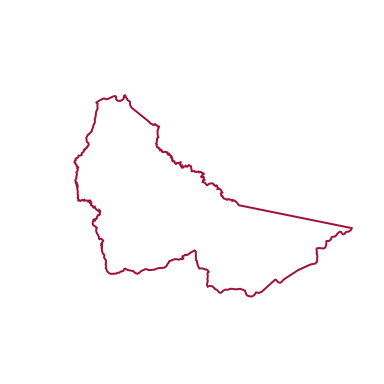 Apartadó, Antioquia, Colombia (Mercator projection), rotated 57°
{"feature_id": "7082276B99397100908240", "entity_name": "Apartadó", "entity_type": "district", "adm_level": 2, "iso_a3": "COL", "parent_name": "Colombia", "parent_adm1": "Antioquia", "projection": "mercator", "projection_center": [-76.61, 7.921], "detail": "fine", "context": "isolated", "style": "outline", "palette": "rose", "viewbox_px": 384, "rotation_deg": 57, "n_neighbors": 0, "source": "geoboundaries", "source_scale": "gbopen_adm2", "svg_char_len": 6069}
<svg xmlns="http://www.w3.org/2000/svg" viewBox="0 0 384 384"><g transform="rotate(57 192 192)"><path d="M309.3,77.7L228.5,160.0L226.0,160.0L223.9,160.4L223.2,160.9L222.6,160.8L221.6,161.7L221.6,162.2L221.0,162.3L221.1,162.7L220.7,162.5L220.3,162.8L219.8,163.7L218.7,164.7L218.1,164.9L218.0,165.4L217.5,166.0L217.7,166.7L217.1,167.3L216.1,167.6L215.1,168.7L213.5,169.0L212.5,168.6L211.8,168.9L211.7,169.3L210.9,169.4L210.0,169.0L209.5,168.3L208.9,168.4L209.0,166.9L207.6,167.0L207.1,166.7L205.2,166.7L204.0,168.0L203.7,168.7L203.3,169.0L202.8,167.8L201.0,168.1L200.6,167.6L200.2,167.6L199.8,167.9L199.9,169.0L198.4,169.4L197.9,169.9L196.9,169.6L195.7,170.2L194.5,172.9L194.6,175.6L193.4,176.0L191.8,176.1L190.5,176.7L189.5,177.7L188.5,176.8L188.6,175.0L187.5,175.4L186.2,174.0L185.6,174.2L184.8,175.9L184.2,176.1L183.5,174.3L183.4,172.4L182.7,172.1L181.9,173.1L180.0,173.6L179.4,175.3L178.8,175.1L178.2,175.4L177.7,177.3L176.9,178.4L175.9,178.5L174.4,180.9L170.0,178.9L167.8,179.9L167.7,180.5L168.3,181.7L167.7,182.2L167.6,182.7L166.6,182.9L167.0,183.9L166.1,185.0L166.6,186.4L165.9,187.3L165.1,187.2L164.2,186.0L163.6,187.1L162.9,187.1L160.9,185.3L160.7,185.6L161.2,186.9L160.9,187.4L160.0,187.7L159.6,188.3L159.5,189.1L159.9,189.9L159.7,190.3L158.3,190.5L156.6,190.1L156.1,190.5L156.0,191.2L155.6,191.5L155.0,191.2L154.2,191.3L154.0,190.6L153.1,190.1L152.3,190.7L151.4,189.9L150.9,190.6L149.9,189.9L149.1,190.1L148.2,191.2L147.8,190.4L147.3,190.4L147.2,191.3L146.5,191.8L146.1,191.8L145.4,191.1L144.1,192.0L142.5,194.9L141.4,195.3L140.8,194.8L139.4,195.0L139.4,196.1L137.3,195.7L136.9,196.3L135.9,196.2L135.0,196.9L133.5,196.3L133.1,195.6L131.9,195.8L131.3,194.6L130.4,194.1L129.7,193.1L128.9,192.8L127.9,191.7L127.7,190.3L126.1,190.0L122.1,187.8L119.2,184.0L118.4,185.0L117.8,184.9L116.7,185.3L115.9,186.3L114.9,186.1L114.5,188.1L113.8,188.3L112.8,189.0L110.5,189.8L109.9,189.7L88.5,196.7L85.5,196.6L82.8,195.0L81.8,195.0L80.6,195.7L79.3,196.0L78.3,195.6L76.2,196.0L76.0,195.7L74.6,195.3L74.3,195.9L74.4,196.8L76.1,198.0L76.7,199.2L76.8,201.3L76.4,202.9L75.4,204.2L73.5,205.1L72.4,204.9L70.8,203.7L69.8,204.1L69.4,204.6L68.9,206.4L68.0,212.5L67.5,213.4L65.9,214.5L65.3,215.9L64.8,220.3L64.8,223.4L65.5,223.5L66.7,223.1L68.4,224.6L70.3,225.4L72.6,228.8L76.5,232.0L77.6,233.6L80.8,235.6L82.6,238.6L84.0,239.9L85.7,242.5L86.5,243.0L86.9,245.2L87.4,246.5L87.2,247.0L87.5,247.5L87.3,248.2L89.0,251.0L89.8,251.6L92.3,252.7L93.2,252.8L94.4,252.2L96.3,252.9L96.5,254.1L97.3,255.2L97.1,256.3L97.9,256.8L97.6,257.9L98.0,258.5L97.7,259.0L97.8,259.7L98.5,259.9L99.2,261.0L99.3,263.2L100.8,264.3L100.4,266.4L99.7,267.3L101.0,268.9L100.8,270.0L101.0,271.0L100.7,271.5L101.2,272.0L102.2,272.4L102.1,273.4L102.7,274.2L103.5,274.4L104.0,274.1L104.8,274.4L106.6,274.1L107.5,274.7L108.3,274.1L108.8,274.1L108.9,274.5L109.7,274.3L109.8,275.4L111.4,275.9L112.4,277.4L112.5,278.2L114.4,278.8L116.5,280.9L117.4,281.4L118.6,283.5L119.3,283.8L120.0,283.6L120.6,284.3L121.6,284.6L121.9,284.5L122.1,283.9L122.8,284.6L123.4,284.3L123.9,285.4L124.6,285.3L124.5,284.6L125.3,284.9L125.5,285.8L126.2,285.8L126.8,286.5L129.2,287.4L131.2,288.8L133.5,289.7L134.5,290.5L134.2,290.7L134.4,291.0L135.3,291.0L137.1,291.9L137.2,291.5L137.6,291.4L137.4,291.0L138.8,290.3L138.8,288.7L139.3,287.8L140.1,287.6L139.9,286.7L140.7,286.8L141.3,285.4L143.0,283.9L143.1,282.9L143.8,282.6L143.9,282.0L144.3,282.0L144.3,283.3L144.9,282.6L145.2,283.4L146.0,283.5L146.6,282.5L148.1,283.9L148.5,283.9L149.2,283.1L150.1,282.9L150.8,283.2L151.5,283.1L152.0,282.5L151.6,281.6L153.8,281.9L155.8,281.4L157.0,280.6L157.8,280.6L158.0,280.1L157.0,279.5L157.5,279.4L158.3,279.7L159.3,280.7L160.1,280.9L160.5,281.4L160.9,282.5L160.1,283.7L161.0,284.7L161.2,285.6L162.3,286.2L162.4,286.8L162.0,288.0L163.2,288.9L163.0,289.3L161.7,289.1L161.5,289.5L162.0,290.3L164.4,292.6L166.3,292.9L167.4,292.2L170.2,291.3L170.6,292.1L171.8,293.2L173.0,293.8L175.3,294.3L177.2,294.2L178.2,294.4L180.9,295.4L181.2,295.3L181.3,294.4L182.0,293.6L184.2,292.9L184.8,293.2L185.1,294.5L185.6,295.3L186.1,295.4L186.0,295.9L187.1,296.1L186.9,296.6L187.5,296.7L187.5,297.0L187.2,297.0L187.5,297.4L189.0,297.2L189.4,298.1L189.9,298.1L190.2,298.5L190.7,298.5L191.1,298.9L193.7,300.1L195.2,300.2L196.7,299.8L197.7,300.2L199.1,301.5L202.5,301.4L205.1,303.2L205.5,303.8L207.0,304.1L208.0,304.8L208.7,305.8L209.8,305.7L211.5,306.3L212.7,306.3L215.0,305.7L216.5,304.6L218.2,301.7L219.0,300.2L219.2,298.4L220.0,297.1L219.9,294.7L220.5,293.9L220.8,292.6L219.6,290.6L220.0,289.6L222.2,288.6L226.3,284.4L228.8,283.8L230.8,282.4L231.0,281.0L230.7,277.3L231.3,273.1L232.5,271.7L233.9,270.8L234.7,269.7L236.7,265.6L237.1,263.1L237.8,261.1L240.4,256.5L240.3,253.9L238.9,251.4L238.8,250.4L237.7,249.1L238.8,243.2L240.4,241.0L241.6,239.8L242.1,237.6L243.2,236.2L243.1,235.6L241.1,235.4L240.7,234.7L241.2,232.8L240.9,231.9L241.8,231.2L242.3,229.6L242.1,225.8L242.4,221.7L243.2,221.3L244.1,221.3L251.1,225.7L252.9,225.4L254.2,226.3L256.7,227.1L259.9,227.5L260.2,227.5L261.3,225.5L262.9,223.8L263.9,223.4L264.8,222.1L266.5,221.5L268.1,221.5L268.2,222.4L268.8,223.5L270.7,224.3L273.9,226.8L275.1,227.1L277.8,229.9L279.9,230.4L280.5,228.1L281.9,226.5L285.1,225.5L286.1,225.6L287.5,224.4L291.0,223.9L292.0,223.2L292.3,222.2L291.8,219.7L292.0,217.3L293.6,215.0L294.0,212.7L295.4,210.6L297.4,208.5L299.4,204.3L303.5,201.3L307.9,202.3L308.8,202.1L310.5,200.8L312.1,199.0L312.4,197.7L312.2,195.2L311.1,193.3L311.7,192.2L312.8,191.3L313.3,190.2L313.6,187.7L310.8,169.9L312.0,169.2L313.8,169.1L315.1,168.5L316.0,167.7L316.3,166.9L315.4,162.8L315.3,160.4L315.3,145.9L317.3,132.1L319.2,127.4L318.4,124.9L315.4,122.9L314.3,121.8L311.2,120.9L310.8,120.0L309.8,119.8L307.7,118.7L307.3,117.7L307.7,117.2L308.2,115.9L311.0,112.5L311.1,111.8L311.1,110.4L309.4,108.1L306.9,106.5L306.4,105.8L307.6,104.0L307.7,102.7L307.4,101.3L306.0,99.7L306.0,98.9L307.2,96.2L307.0,94.8L306.1,92.7L305.8,90.0L306.0,89.3L306.5,88.8L309.3,88.6L310.0,88.0L310.2,87.3L310.2,86.6L309.5,85.4L309.5,84.6L309.6,83.9L310.5,82.5L310.5,79.7L310.4,79.1L309.3,77.7Z" fill="none" stroke="#9f1239" stroke-width="2"/></g></svg>